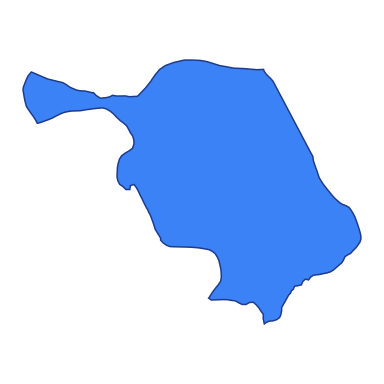 the district of Al Jamimah, Hajjah, Yemen
{"feature_id": "15242507B46371651071090", "entity_name": "Al Jamimah", "entity_type": "district", "adm_level": 2, "iso_a3": "YEM", "parent_name": "Yemen", "parent_adm1": "Hajjah", "projection": "mercator", "projection_center": [43.537, 16.031], "detail": "fine", "context": "isolated", "style": "filled", "palette": "blue", "viewbox_px": 384, "rotation_deg": 0, "n_neighbors": 0, "source": "geoboundaries", "source_scale": "gbopen_adm2", "svg_char_len": 3190}
<svg xmlns="http://www.w3.org/2000/svg" viewBox="0 0 384 384"><path d="M263.6,69.4L256.8,69.7L256.7,69.7L244.1,68.6L235.1,68.2L234.0,68.2L225.0,66.5L219.8,65.6L207.9,61.9L204.9,61.2L199.8,60.4L192.4,60.1L189.4,60.1L184.1,60.1L173.7,62.5L165.5,65.5L164.6,66.1L160.9,68.6L159.7,69.4L155.6,74.3L152.5,78.6L151.9,79.5L151.1,80.9L145.4,88.1L137.5,96.3L129.4,96.7L125.1,95.9L120.5,96.0L116.4,96.0L112.5,95.3L109.8,96.8L105.8,97.7L100.5,98.2L96.3,95.6L93.4,92.6L92.7,92.8L88.8,91.9L84.9,91.0L80.8,90.9L77.0,90.2L73.2,88.7L69.7,87.1L66.4,84.7L62.7,82.6L57.4,81.4L56.3,81.1L47.4,78.9L31.4,72.0L31.1,72.3L30.5,72.9L28.0,76.0L26.2,79.8L23.4,87.0L23.0,89.9L24.5,98.7L24.9,100.7L26.3,106.1L26.8,107.1L29.0,110.4L30.5,112.6L31.3,113.7L33.6,116.8L35.7,120.2L37.3,123.3L40.2,122.6L44.6,121.0L48.3,119.7L52.7,117.9L56.6,115.7L60.2,114.0L64.1,112.4L67.8,111.6L71.7,111.0L76.0,110.9L80.4,110.7L85.6,109.8L88.5,109.4L89.6,109.3L90.8,109.1L93.6,108.7L98.4,108.2L102.7,107.9L106.5,109.0L110.0,111.0L113.3,113.7L116.3,116.9L119.9,120.3L123.2,122.8L126.5,125.6L128.6,129.2L130.4,132.8L132.7,136.0L133.8,139.9L134.0,143.8L132.5,148.3L128.7,151.1L125.2,153.1L121.5,155.9L119.4,159.3L118.3,163.0L118.1,163.7L117.4,167.6L117.2,172.3L117.0,176.8L117.9,180.9L119.7,184.3L123.0,186.6L125.9,189.5L129.8,189.5L130.4,185.6L134.1,184.5L136.5,187.8L138.4,191.3L140.0,194.8L140.4,195.6L142.0,198.6L144.1,203.2L146.2,207.2L148.2,210.8L149.0,212.9L150.0,214.3L151.4,218.0L152.8,221.7L154.1,225.6L155.2,229.3L160.6,238.1L160.6,240.1L163.3,243.0L166.5,245.2L167.2,245.5L170.1,246.6L175.0,246.8L176.4,246.8L179.4,246.9L183.7,247.0L188.1,247.1L192.1,247.3L196.2,247.6L200.4,248.1L205.0,248.9L207.2,249.3L208.8,249.6L212.4,251.3L215.4,253.9L217.5,257.4L219.0,260.9L219.9,264.8L220.8,268.9L221.2,273.0L221.3,277.5L220.6,281.3L219.5,282.9L218.4,284.7L215.9,287.7L213.5,290.8L211.2,294.2L209.1,297.6L208.6,298.1L211.2,300.0L215.1,299.9L219.2,299.7L223.3,299.6L227.3,299.7L228.1,299.8L231.4,300.4L235.2,300.8L238.6,302.7L242.0,304.4L245.9,304.5L249.5,302.5L253.4,302.3L256.3,304.9L258.8,307.8L261.0,311.2L263.3,314.3L263.2,318.8L263.8,321.3L264.0,322.6L264.3,323.9L266.5,322.3L269.6,321.1L272.9,320.9L276.9,319.6L278.3,318.5L279.6,317.6L280.2,316.2L280.5,315.3L280.9,314.5L281.6,310.9L281.7,307.5L288.7,295.0L290.5,293.2L291.5,290.7L293.0,289.6L293.2,289.4L294.6,286.2L295.5,286.1L297.9,285.7L301.3,284.9L302.8,281.6L305.3,279.1L306.1,279.3L308.6,279.9L310.6,277.1L313.4,275.2L316.8,274.8L320.1,274.4L323.4,273.6L326.7,273.0L330.5,271.8L333.5,270.0L333.9,269.6L336.3,267.5L338.9,265.2L340.7,263.7L341.7,262.9L343.5,260.1L344.9,256.7L347.6,254.9L350.7,253.3L353.0,250.7L355.8,247.9L358.1,244.9L360.0,242.0L361.0,238.6L360.8,236.7L360.7,235.0L359.8,231.4L358.6,227.4L357.3,223.5L356.1,220.1L354.8,216.7L353.0,213.2L351.0,210.0L349.0,207.4L346.0,205.7L342.5,204.4L339.5,202.5L337.0,200.3L334.4,197.9L332.2,195.4L330.0,192.7L327.5,189.7L325.2,186.7L324.8,186.2L323.0,183.9L321.1,180.9L319.3,177.9L318.0,174.2L316.8,170.5L315.5,167.0L314.4,163.8L313.7,161.6L313.3,160.4L312.8,156.4L310.0,151.3L302.3,136.7L273.0,81.2L270.8,78.7L268.3,76.3L266.0,73.9L264.1,71.1L263.8,70.2L263.6,69.4Z" fill="#3b82f6" stroke="#1e3a8a" stroke-width="1.5"/></svg>